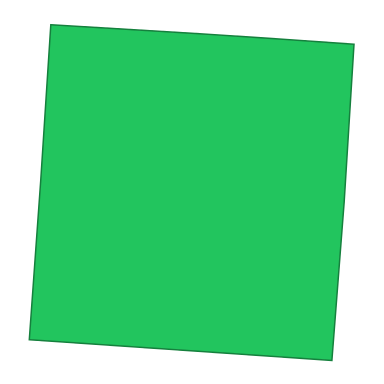 Ionia, Michigan, United States of America, rotated 94°
{"feature_id": "52423323B19907423644916", "entity_name": "Ionia", "entity_type": "district", "adm_level": 2, "iso_a3": "USA", "parent_name": "United States of America", "parent_adm1": "Michigan", "projection": "equal_earth", "projection_center": [-85.158, 42.945], "detail": "fine", "context": "isolated", "style": "filled", "palette": "green", "viewbox_px": 384, "rotation_deg": 94, "n_neighbors": 0, "source": "geoboundaries", "source_scale": "gbopen_adm2", "svg_char_len": 280}
<svg xmlns="http://www.w3.org/2000/svg" viewBox="0 0 384 384"><g transform="rotate(94 192 192)"><path d="M33.3,40.7L33.3,118.2L33.6,192.8L35.0,344.5L192.2,343.7L350.7,344.0L350.3,40.7L191.6,39.5L112.6,40.1L33.3,40.7Z" fill="#22c55e" stroke="#15803d" stroke-width="1.5"/></g></svg>